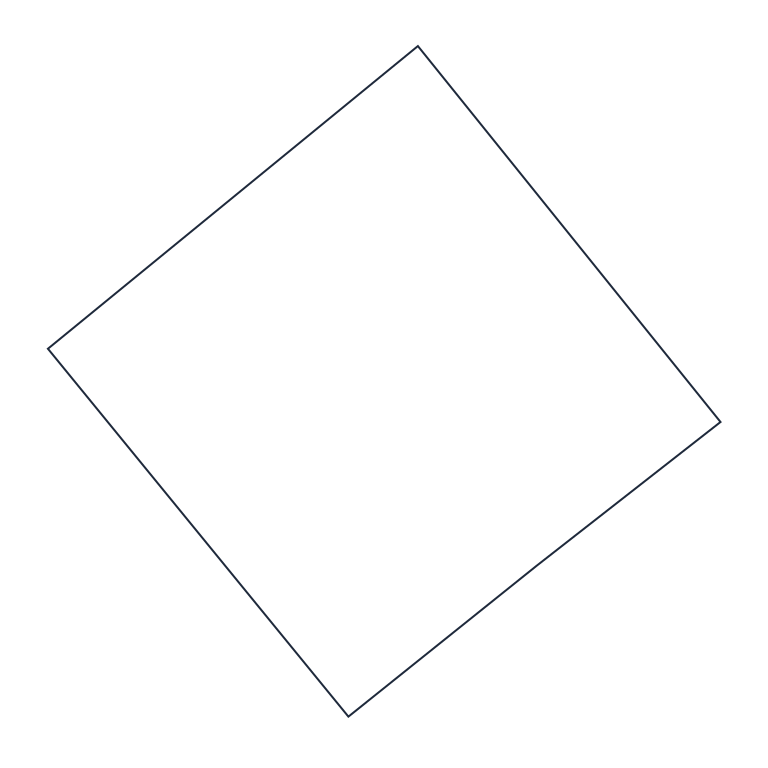 the district of Clare, Michigan, United States of America, rotated 141°
{"feature_id": "52423323B50693448759182", "entity_name": "Clare", "entity_type": "district", "adm_level": 2, "iso_a3": "USA", "parent_name": "United States of America", "parent_adm1": "Michigan", "projection": "mercator", "projection_center": [-84.888, 43.989], "detail": "fine", "context": "isolated", "style": "outline", "palette": "slate", "viewbox_px": 768, "rotation_deg": 141, "n_neighbors": 0, "source": "geoboundaries", "source_scale": "gbopen_adm2", "svg_char_len": 238}
<svg xmlns="http://www.w3.org/2000/svg" viewBox="0 0 768 768"><g transform="rotate(141 384 384)"><path d="M146.4,142.7L145.0,625.3L623.0,622.9L621.0,147.9L379.8,146.7L146.4,142.7Z" fill="none" stroke="#1e293b" stroke-width="2"/></g></svg>